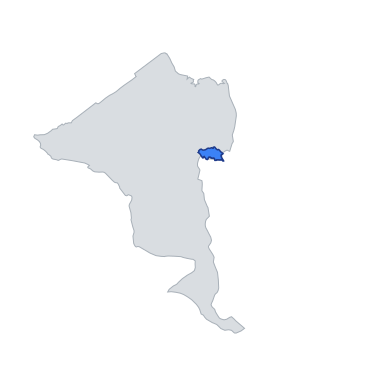 Donga-Mantung, Nord-Ouest, Cameroon shown in context, rotated 143°
{"feature_id": "32672807B54432963078560", "entity_name": "Donga-Mantung", "entity_type": "district", "adm_level": 2, "iso_a3": "CMR", "parent_name": "Cameroon", "parent_adm1": "Nord-Ouest", "projection": "orthographic", "projection_center": [10.802, 6.688], "detail": "fine", "context": "in_parent", "style": "filled", "palette": "blue", "viewbox_px": 384, "rotation_deg": 143, "n_neighbors": 0, "source": "geoboundaries", "source_scale": "gbopen_adm2", "svg_char_len": 5694}
<svg xmlns="http://www.w3.org/2000/svg" viewBox="0 0 384 384"><g transform="rotate(143 192 192)"><path d="M98.3,257.1L99.0,255.2L104.3,246.2L107.7,231.8L109.2,228.4L110.8,226.1L118.5,218.5L121.4,216.1L125.5,213.3L128.5,207.6L129.5,207.0L130.8,206.6L137.4,201.8L138.0,202.7L138.5,203.9L138.9,204.4L141.1,204.8L144.0,204.7L145.7,204.4L146.6,203.4L147.6,200.8L148.1,200.3L148.8,200.2L152.0,202.0L157.3,207.2L158.7,208.2L159.2,209.2L160.4,213.9L161.1,215.1L162.2,215.6L164.3,215.3L166.4,214.5L168.3,213.2L170.2,211.7L171.4,210.2L172.0,209.2L172.3,205.3L172.7,204.5L179.6,198.8L179.4,198.3L178.3,196.7L177.3,195.0L178.3,193.2L179.3,191.8L183.3,187.1L183.5,183.7L186.7,178.4L188.5,171.3L188.6,170.0L192.7,162.2L197.1,161.5L198.8,160.4L200.7,158.5L201.9,156.7L202.5,155.0L203.0,151.7L203.7,148.0L204.2,144.7L205.5,141.7L207.6,140.1L211.4,138.8L212.0,138.2L212.5,136.2L213.0,129.5L213.6,126.6L217.1,123.2L218.6,118.0L220.0,112.5L223.9,105.9L228.5,99.2L230.6,97.5L232.5,96.6L234.6,96.5L236.0,96.0L240.9,92.7L243.0,91.6L244.6,90.5L244.9,89.5L245.1,88.0L244.5,84.6L245.4,82.1L245.8,78.3L246.0,75.3L245.8,74.2L244.8,72.5L243.3,70.6L240.8,69.5L237.3,69.2L235.5,68.6L234.8,65.1L234.6,62.9L232.1,51.5L236.4,51.5L241.7,52.8L243.0,53.9L243.7,57.8L245.7,60.0L249.0,61.8L251.1,65.5L252.0,71.3L253.9,74.7L254.3,75.2L257.0,81.7L257.2,84.6L257.0,86.7L258.1,89.1L256.6,93.4L256.1,96.0L256.1,99.7L257.1,106.2L258.7,111.1L260.4,115.2L262.3,118.3L265.3,121.7L268.6,124.9L271.6,126.8L268.8,128.0L263.5,128.2L260.4,127.6L258.9,127.6L257.4,128.0L251.7,128.6L245.9,128.4L240.6,127.7L237.3,127.8L234.8,129.7L232.8,132.7L230.9,135.0L231.6,137.5L233.1,138.9L235.9,142.0L238.4,145.0L239.7,147.0L244.7,151.3L249.5,155.2L251.8,156.6L252.7,156.9L255.3,159.1L259.0,162.8L262.3,168.5L267.1,180.1L268.1,181.1L269.7,181.7L270.0,182.9L269.8,184.7L269.4,186.2L265.7,192.3L262.5,194.7L261.5,196.1L260.3,199.7L257.4,206.6L256.1,207.6L253.2,212.3L250.9,218.2L250.3,219.1L249.3,219.9L245.9,221.4L244.7,222.1L243.0,224.0L242.7,225.2L243.6,226.8L244.5,228.2L246.3,228.2L247.3,229.4L247.4,238.6L246.6,239.9L246.6,240.6L246.2,242.1L246.1,243.9L246.4,244.6L247.1,245.1L248.0,246.4L248.6,249.2L249.8,259.0L250.3,260.6L251.3,261.7L254.3,263.8L257.5,266.6L258.5,268.4L259.1,271.4L260.4,273.7L260.4,274.5L259.9,274.8L257.9,275.0L258.6,276.7L260.2,279.7L268.4,288.7L276.2,296.8L278.0,297.4L279.4,297.5L280.0,298.0L280.7,299.2L283.3,302.1L283.8,303.8L283.2,305.5L283.8,308.0L284.3,308.9L284.1,309.7L284.4,312.8L285.1,315.5L286.3,317.8L286.2,319.4L284.7,320.4L283.8,321.9L283.5,324.0L284.0,326.5L285.2,329.5L285.2,331.3L283.3,332.5L281.2,330.4L278.9,329.1L275.5,326.7L272.0,325.8L267.5,325.7L265.6,326.0L262.2,324.1L261.2,323.8L259.7,324.7L258.6,324.7L257.4,324.4L254.8,324.5L254.6,323.1L254.1,322.8L251.4,323.0L250.5,321.8L250.1,321.9L249.0,321.6L246.8,319.9L244.5,321.0L239.6,320.9L215.1,321.1L214.5,319.5L213.3,318.7L211.1,318.7L204.6,319.0L199.6,318.8L196.3,318.2L192.1,317.8L187.0,318.1L181.7,318.1L172.3,317.7L167.1,317.8L167.2,318.8L166.9,319.4L166.6,321.1L133.3,321.1L130.6,319.9L129.7,319.2L129.5,317.8L128.9,317.7L129.4,311.9L130.5,307.1L131.0,302.6L132.5,298.6L131.7,294.6L130.7,292.9L125.7,287.2L128.0,285.1L125.0,285.4L124.3,283.3L122.9,280.8L123.8,280.4L124.6,279.0L127.4,279.5L127.3,278.8L124.9,276.7L125.2,275.6L126.1,274.4L125.7,273.9L124.0,275.2L122.7,275.1L121.8,274.3L121.1,274.2L121.5,275.8L120.5,277.2L119.6,277.7L118.1,277.6L116.8,277.3L116.5,276.5L115.3,275.9L112.0,274.8L109.2,273.5L108.6,270.1L107.5,268.6L107.0,266.9L106.8,265.0L107.2,262.1L106.5,261.6L105.6,261.5L104.4,261.6L103.3,261.4L102.0,259.8L100.8,259.2L101.5,262.2L100.7,263.0L98.7,262.7L97.8,261.6L97.7,260.8L98.6,257.2L98.3,257.1Z" fill="#d9dde1" stroke="#a8b0b8" stroke-width="1"/><path d="M163.0,213.0L163.0,212.9L162.7,212.6L162.4,212.5L162.2,212.5L161.9,213.0L161.7,213.1L161.4,213.1L161.2,213.1L160.9,213.1L160.9,212.8L160.9,212.1L160.9,211.1L160.9,210.4L161.0,209.7L160.8,209.4L160.6,209.1L160.3,208.8L160.2,208.7L160.0,208.8L159.9,208.8L159.6,208.7L159.3,208.7L159.1,208.9L158.6,209.3L158.4,209.5L158.2,209.5L158.0,209.4L157.9,209.4L157.8,209.5L157.3,209.3L157.2,209.5L156.5,209.0L156.5,208.9L156.3,208.2L156.4,207.8L156.4,207.6L156.2,207.4L156.1,207.5L155.9,207.6L155.5,206.8L155.0,206.4L154.9,206.5L154.7,206.4L154.4,206.2L154.2,206.0L154.2,205.9L154.0,205.6L154.1,205.4L154.0,205.1L154.1,204.8L154.7,203.5L154.6,203.4L154.1,203.0L153.9,203.0L153.8,202.9L153.6,202.7L153.4,202.7L153.2,202.6L152.9,202.7L152.8,202.8L152.6,202.6L152.4,202.5L152.3,202.3L152.1,202.0L152.0,201.9L151.7,202.0L151.4,201.7L151.2,201.4L150.8,201.3L150.7,201.1L150.7,200.8L150.6,200.7L150.1,200.4L150.1,200.6L149.5,200.5L149.4,200.5L148.7,199.8L148.9,199.3L148.9,199.1L148.7,198.7L148.7,198.2L148.3,198.0L148.2,197.8L148.1,197.7L148.0,197.8L147.9,198.3L147.9,198.8L147.8,199.4L147.9,199.5L147.8,200.1L147.7,200.5L147.8,200.8L147.6,201.8L147.5,202.1L147.5,202.3L147.3,202.4L147.3,202.6L147.2,203.2L147.0,203.4L146.9,203.6L146.5,203.6L146.3,203.7L146.2,203.8L146.1,204.2L145.8,204.2L145.5,203.8L144.6,203.9L144.2,203.9L144.4,204.7L144.3,205.6L144.9,206.8L144.9,208.1L144.9,208.8L145.0,209.1L145.2,209.9L145.4,210.1L146.2,210.3L146.5,210.8L146.6,211.6L146.8,212.1L146.8,212.8L146.8,213.5L146.8,213.9L146.9,214.4L147.5,214.7L148.0,214.9L148.7,214.2L149.2,214.5L149.4,215.1L149.9,215.7L150.0,215.7L150.8,215.9L151.6,216.2L152.0,216.6L152.6,217.2L153.7,217.6L154.0,217.5L154.4,217.5L155.9,217.7L157.4,218.4L158.0,218.9L158.3,219.2L158.9,220.8L159.1,220.8L159.4,220.8L160.0,221.1L161.1,221.0L161.9,220.8L162.1,220.3L162.6,220.0L163.3,219.9L163.2,219.6L163.1,219.2L162.7,217.7L162.8,217.3L162.8,216.7L162.9,215.5L163.0,213.0Z" fill="#3b82f6" stroke="#1e3a8a" stroke-width="1.5"/></g></svg>